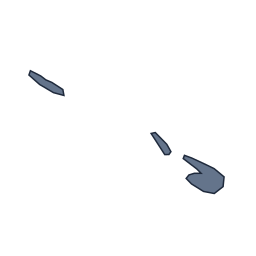 Ragged Island, Albers equal-area conic projection, rotated 324°
{"feature_id": "BHS-5034", "entity_name": "Ragged Island", "entity_type": "District", "adm_level": 1, "iso_a3": "BHS", "parent_name": "The Bahamas", "parent_adm1": "", "projection": "albers", "projection_center": [-75.761, 22.282], "detail": "fine", "context": "isolated", "style": "filled", "palette": "slate", "viewbox_px": 256, "rotation_deg": 324, "n_neighbors": 0, "source": "natural_earth", "source_scale": "10m", "svg_char_len": 549}
<svg xmlns="http://www.w3.org/2000/svg" viewBox="0 0 256 256"><g transform="rotate(324 128 128)"><path d="M170.3,204.9L173.8,211.5L177.0,224.0L170.5,231.3L159.3,231.7L151.8,223.7L146.5,210.6L145.4,203.0L149.7,201.8L155.0,203.6L160.5,207.6L159.6,201.6L154.7,185.2L157.6,183.3L161.9,189.7L170.3,204.9ZM89.8,40.7L93.2,46.4L97.9,58.6L95.3,64.0L88.5,55.6L82.1,40.9L79.0,26.9L82.7,24.3L88.0,34.6L89.8,40.7ZM148.8,172.4L145.5,173.5L142.1,171.1L143.5,146.0L147.4,147.7L149.8,164.0L148.8,172.4Z" fill="#64748b" stroke="#1e293b" stroke-width="1.5"/></g></svg>